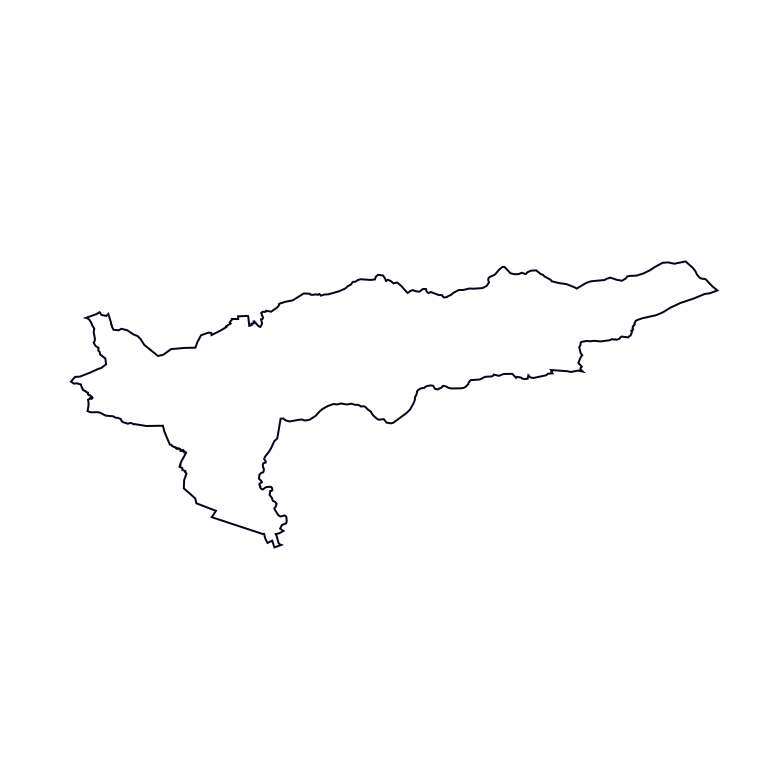 Rieni, Bihor, Romania, rotated 192°
{"feature_id": "2599482B82314750202462", "entity_name": "Rieni", "entity_type": "district", "adm_level": 2, "iso_a3": "ROU", "parent_name": "Romania", "parent_adm1": "Bihor", "projection": "orthographic", "projection_center": [22.405, 46.554], "detail": "fine", "context": "isolated", "style": "outline", "palette": "ink", "viewbox_px": 768, "rotation_deg": 192, "n_neighbors": 0, "source": "geoboundaries", "source_scale": "gbopen_adm2", "svg_char_len": 6158}
<svg xmlns="http://www.w3.org/2000/svg" viewBox="0 0 768 768"><g transform="rotate(192 384 384)"><path d="M234.5,519.1L241.5,519.4L242.7,520.6L249.4,522.6L251.3,523.9L253.3,524.0L258.8,526.8L263.8,525.4L267.1,523.0L267.8,521.4L268.5,521.0L272.5,521.4L274.9,519.6L279.2,518.5L283.3,518.6L290.4,523.5L292.3,523.3L295.1,519.9L297.8,514.8L299.0,513.4L302.6,510.9L303.8,509.3L303.7,507.4L302.4,505.1L304.0,501.3L307.6,498.3L316.4,495.8L320.2,495.2L326.1,492.4L330.4,491.5L335.1,487.6L337.0,485.1L339.4,483.4L340.3,482.3L343.0,481.1L344.4,481.6L345.7,483.0L348.8,482.4L357.3,483.7L359.0,482.3L360.2,482.5L361.6,483.4L362.8,485.6L365.7,485.0L368.5,481.7L372.3,481.3L375.2,481.9L377.9,480.3L378.6,479.0L380.0,478.0L388.1,483.9L392.4,486.0L395.7,484.4L398.3,485.9L401.6,486.8L402.2,486.6L403.1,485.3L403.6,485.3L404.9,487.4L407.5,489.9L412.5,489.6L414.3,487.2L414.6,484.4L418.7,483.0L428.8,481.6L431.4,480.1L433.3,478.1L435.7,477.4L437.1,474.4L439.9,472.0L441.9,469.2L447.7,465.1L456.8,460.3L461.4,458.9L464.0,457.3L465.9,458.6L467.5,457.4L469.4,457.5L472.8,456.2L474.5,456.2L475.4,456.8L481.3,455.9L490.6,446.9L497.8,443.8L503.2,440.6L503.2,439.1L504.1,437.0L509.4,431.3L514.8,431.1L515.0,429.9L517.7,429.4L518.9,427.9L518.0,426.9L517.9,426.0L516.3,424.3L516.1,423.2L516.5,422.3L517.7,421.6L515.8,417.8L516.7,414.2L517.7,414.1L519.5,415.0L524.0,418.4L524.5,418.2L524.0,416.2L526.2,415.5L525.7,414.0L527.9,412.9L530.8,421.7L531.3,422.3L540.8,419.9L540.1,417.2L546.3,416.0L546.1,415.4L547.7,412.1L546.6,411.2L550.5,407.5L550.0,406.9L555.6,401.8L562.9,396.0L563.6,398.0L566.1,397.9L573.0,393.7L575.2,386.5L576.0,380.3L585.9,378.0L599.5,373.9L605.9,366.8L610.8,364.4L626.6,372.4L631.3,377.2L634.8,379.6L639.3,380.4L646.4,383.2L652.4,383.4L654.6,381.4L659.9,380.8L662.1,383.7L662.5,385.1L663.3,385.5L663.9,387.5L668.2,395.2L669.9,392.8L674.7,392.8L677.1,395.1L679.8,392.6L689.1,386.8L688.0,386.8L685.3,385.4L682.7,382.6L681.6,380.6L679.0,378.1L678.7,374.3L676.1,367.9L676.0,365.4L676.6,364.0L674.0,361.2L670.7,359.9L670.5,357.4L668.8,356.3L667.9,353.9L661.9,351.1L659.9,345.5L664.0,340.8L666.4,339.5L673.9,334.0L683.0,328.0L687.7,326.7L690.7,321.2L687.3,319.9L684.8,320.8L680.2,320.5L680.0,319.4L678.8,318.1L678.8,317.5L678.3,317.4L677.4,315.6L676.8,315.8L675.9,315.1L674.4,315.0L673.6,314.2L671.9,314.0L671.4,313.0L671.6,312.5L670.5,311.7L669.3,311.9L667.6,310.9L667.5,310.2L666.6,310.4L666.2,309.9L666.9,308.7L668.4,309.1L668.6,308.3L670.2,307.1L669.1,304.2L668.5,301.2L668.4,295.9L665.2,295.3L657.8,297.0L655.2,296.8L649.7,295.2L642.4,296.1L639.9,295.3L637.2,295.5L634.2,295.0L632.9,293.2L631.3,292.4L626.2,291.9L624.3,293.1L622.3,293.1L620.4,292.5L619.9,292.9L607.8,293.5L591.6,297.2L588.8,291.6L580.8,280.1L579.3,280.3L578.5,279.3L577.2,279.1L576.8,278.7L575.2,278.9L574.4,277.9L574.2,277.9L574.0,278.5L573.0,278.2L573.3,277.7L573.0,277.5L572.0,278.2L571.7,277.8L571.2,278.3L569.9,278.1L569.2,276.2L568.7,276.2L568.6,276.7L568.1,276.8L568.2,277.3L567.1,277.2L566.8,277.6L566.3,277.3L566.6,276.6L565.8,276.0L565.6,276.7L563.7,275.9L563.8,275.4L563.4,275.5L563.4,275.1L566.2,266.0L566.8,261.6L566.3,261.8L566.4,260.3L564.0,260.0L563.4,258.9L563.4,258.0L560.2,257.5L560.4,257.0L560.0,256.2L558.6,255.4L559.5,248.3L558.1,240.3L544.9,232.9L542.7,228.3L522.0,225.0L524.8,217.9L471.8,212.1L470.1,212.4L468.0,208.2L464.9,204.3L460.8,207.5L457.2,201.4L451.1,205.2L452.5,205.4L454.0,206.4L457.8,213.7L458.7,214.6L455.1,216.4L451.8,219.4L455.5,220.9L454.6,224.8L450.8,227.3L450.6,229.2L451.7,233.3L452.5,234.2L453.8,234.8L457.4,233.0L458.3,233.0L460.3,233.9L464.7,238.4L465.4,239.8L464.6,241.2L464.2,242.9L464.5,244.2L464.2,244.5L465.7,245.9L468.5,246.7L470.0,249.3L472.9,251.8L473.0,255.8L471.7,256.1L471.1,257.2L472.2,259.3L473.1,259.9L476.2,259.2L478.1,258.5L480.5,255.7L481.8,255.8L483.4,256.8L483.8,257.5L483.6,258.1L484.9,259.4L485.0,260.6L483.0,262.6L483.9,263.7L486.6,265.3L487.0,269.4L485.6,271.6L484.0,272.3L483.6,273.3L483.8,276.0L485.2,277.6L485.8,280.2L485.4,281.5L483.5,282.5L483.6,283.6L485.6,285.7L485.5,286.8L485.1,288.5L482.3,294.1L481.1,297.7L479.5,305.1L477.6,307.8L477.1,309.4L477.9,328.6L475.3,329.3L472.8,328.0L468.7,327.7L459.3,331.5L456.7,332.2L454.1,331.8L451.4,332.7L449.4,333.6L444.3,338.5L441.1,344.1L438.8,346.9L434.6,350.6L429.4,353.9L425.3,354.3L422.1,356.0L416.2,356.2L411.6,358.0L408.3,357.6L404.6,358.3L401.8,357.2L399.5,358.0L397.6,357.8L394.4,355.6L391.2,354.3L389.6,352.4L387.9,351.0L383.6,348.5L381.6,348.0L376.9,349.6L373.6,346.8L369.3,346.9L366.9,348.0L356.1,360.1L353.3,364.2L351.0,371.5L350.5,375.2L351.0,377.4L350.0,380.4L350.1,383.9L349.5,385.0L347.3,387.2L343.7,388.7L342.8,390.0L341.1,391.1L338.1,392.3L335.6,392.5L333.0,389.8L330.0,389.9L328.6,391.5L327.1,392.3L326.0,394.4L323.1,394.6L320.3,393.7L317.4,393.6L307.8,395.8L305.4,396.7L303.4,398.4L301.6,401.4L301.6,402.6L300.1,405.8L291.3,408.3L286.5,412.1L280.5,413.7L279.3,414.4L278.6,416.0L273.3,415.9L269.0,418.7L260.6,420.6L256.0,417.5L255.6,418.6L251.6,418.8L250.1,418.1L247.6,418.1L244.6,419.0L244.6,422.5L242.3,420.9L239.2,420.9L227.3,426.2L225.7,428.1L221.5,429.4L222.8,430.5L222.3,431.2L223.5,432.4L207.4,434.6L203.7,434.6L196.9,437.5L192.1,437.5L194.9,439.2L195.1,440.3L194.1,442.0L198.3,445.1L197.1,451.4L196.1,453.4L198.0,455.0L200.7,460.7L199.9,463.0L200.2,465.5L199.1,466.5L194.1,468.4L191.7,468.5L187.9,469.8L180.6,470.8L172.5,473.7L170.0,475.4L168.2,475.2L167.3,475.8L166.0,475.5L163.0,477.3L162.7,478.4L161.4,479.8L154.7,480.4L154.1,481.6L152.9,482.7L152.3,485.8L152.9,487.0L152.3,487.5L152.8,487.8L152.3,488.2L151.7,489.4L152.5,490.1L152.3,491.3L152.6,492.1L151.6,493.1L151.6,494.3L151.2,494.5L151.6,495.6L150.9,497.5L151.0,498.0L149.8,499.1L145.2,501.9L132.1,507.9L126.2,512.0L119.7,518.2L110.9,524.9L98.6,532.1L89.1,538.7L84.4,540.4L77.3,544.8L83.5,548.0L91.3,553.4L95.9,553.1L97.9,554.0L100.4,555.9L103.2,559.4L105.9,561.7L114.5,566.6L125.0,562.0L131.6,562.0L136.8,560.4L143.9,554.3L147.2,550.8L152.9,546.3L159.5,542.5L166.1,540.8L168.6,539.7L169.3,537.7L172.7,534.5L177.7,534.3L184.7,535.1L188.6,532.9L189.8,531.6L202.3,527.7L204.6,526.6L207.6,524.6L215.4,517.4L217.3,518.1L226.2,519.6L234.5,519.1Z" fill="none" stroke="#020617" stroke-width="2"/></g></svg>